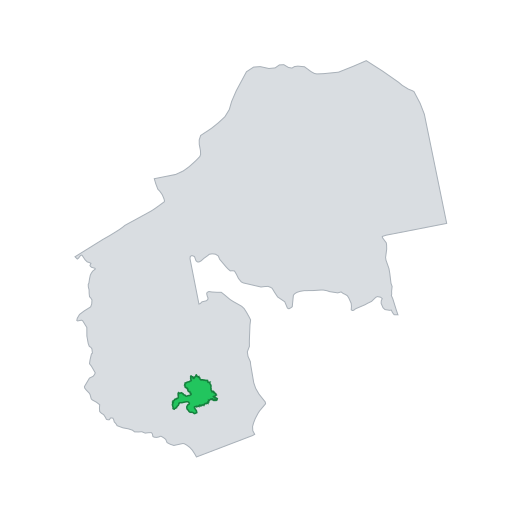 location of Lunte, Northern, Zambia, rotated 169°
{"feature_id": "96606910B27526943690880", "entity_name": "Lunte", "entity_type": "district", "adm_level": 2, "iso_a3": "ZMB", "parent_name": "Zambia", "parent_adm1": "Northern", "projection": "robinson", "projection_center": [30.622, -9.828], "detail": "fine", "context": "in_parent", "style": "filled", "palette": "green", "viewbox_px": 512, "rotation_deg": 169, "n_neighbors": 0, "source": "geoboundaries", "source_scale": "gbopen_adm2", "svg_char_len": 9260}
<svg xmlns="http://www.w3.org/2000/svg" viewBox="0 0 512 512"><g transform="rotate(169 256 256)"><path d="M341.1,351.3L319.1,351.4L311.1,353.4L304.6,356.4L296.8,361.1L292.2,364.3L291.0,366.2L290.4,370.2L290.4,376.4L289.6,380.8L287.3,384.9L275.4,389.8L267.6,393.9L260.0,398.6L254.3,404.8L250.4,412.4L243.9,421.9L230.2,438.7L222.3,441.9L215.7,441.1L207.6,437.6L201.3,437.0L196.6,439.1L192.2,438.5L188.2,434.9L184.8,433.6L182.1,434.6L178.7,434.4L172.3,432.5L166.8,426.5L163.8,424.0L161.5,423.1L154.9,422.1L139.9,420.7L124.2,423.7L110.5,426.7L96.4,413.3L82.8,399.2L79.9,395.6L74.7,390.8L71.1,388.5L69.6,387.3L65.8,374.7L63.7,363.1L62.6,251.6L124.3,251.6L128.3,251.1L128.4,249.9L125.6,244.0L125.7,241.9L126.4,237.8L129.1,229.8L129.2,227.1L127.9,218.3L128.0,213.4L128.7,203.4L128.2,200.1L129.6,195.6L130.1,192.6L130.7,191.4L129.9,188.0L128.6,176.2L127.9,171.2L131.6,172.0L132.8,174.4L133.5,177.1L135.2,177.2L139.6,178.8L141.2,181.0L142.2,185.7L141.6,188.1L140.2,190.1L141.6,191.8L144.6,193.0L146.3,192.6L151.2,189.4L155.8,188.2L158.1,187.4L168.3,185.2L170.4,184.1L171.8,184.1L172.8,185.0L171.9,188.4L171.6,191.4L172.9,197.0L173.9,199.6L176.0,201.5L177.5,202.5L179.3,204.5L182.8,204.2L190.6,207.0L193.0,208.4L196.3,209.7L198.7,210.2L206.7,211.2L215.2,212.8L219.6,212.9L222.8,212.5L225.0,211.7L226.3,210.8L226.9,210.0L230.1,199.3L231.7,198.5L233.8,197.9L235.1,198.9L236.5,205.6L242.6,211.7L244.7,216.8L246.3,221.2L247.6,222.4L250.0,223.9L253.7,224.4L257.0,224.6L273.6,232.0L275.4,233.4L277.5,237.3L278.7,241.8L280.0,245.4L282.2,246.1L284.1,246.3L286.0,248.7L287.4,250.9L292.3,259.7L293.0,263.2L295.4,265.5L298.6,266.5L301.6,266.6L303.3,265.6L307.5,263.7L310.8,261.7L313.2,261.0L314.7,261.4L315.8,262.8L316.5,267.2L318.8,268.7L320.6,268.1L321.2,266.4L321.3,265.5L321.2,219.7L319.7,220.0L317.8,221.3L313.4,221.5L311.7,222.4L311.1,223.9L311.5,225.8L311.6,228.4L310.9,229.6L309.0,230.1L306.2,229.1L301.2,227.8L297.0,227.0L294.0,223.5L289.9,218.4L287.2,215.8L280.7,210.3L279.6,209.3L277.7,206.7L276.0,202.4L274.4,197.5L273.5,194.3L275.1,189.4L278.8,173.6L279.7,168.6L282.8,163.6L283.0,159.1L281.7,153.3L282.0,150.1L282.4,132.0L281.6,126.2L279.4,119.8L274.8,111.0L274.8,109.1L282.0,103.3L284.1,101.1L287.8,96.5L290.3,92.5L291.9,89.3L292.5,85.1L291.3,81.2L293.7,80.4L352.8,70.1L353.7,72.9L355.5,77.4L357.5,80.7L360.1,83.6L362.2,85.4L363.6,85.9L372.8,85.7L376.0,87.5L378.9,89.8L379.6,93.2L381.5,95.4L383.5,97.1L384.4,97.3L385.8,96.9L388.3,96.9L390.5,97.6L391.6,98.4L391.7,101.3L392.4,102.6L395.5,103.1L398.6,103.3L401.6,105.3L404.9,105.7L408.7,106.5L410.5,108.6L414.5,110.8L419.4,112.7L424.8,116.0L425.0,117.0L425.9,118.9L426.8,120.2L426.9,122.2L427.4,124.1L428.7,124.6L429.9,124.7L431.0,123.3L432.4,123.4L434.0,124.2L434.6,126.4L435.8,129.3L437.8,131.2L439.1,133.1L438.7,136.6L437.8,139.8L440.5,142.9L444.1,145.9L445.0,147.2L445.3,151.6L445.8,153.1L448.2,156.8L449.4,159.2L449.3,160.6L442.8,167.9L438.8,169.0L437.1,170.5L436.1,172.0L438.6,179.3L440.0,182.0L438.8,185.5L436.2,191.3L435.1,191.8L434.8,196.3L435.6,197.9L436.9,199.1L437.4,202.1L437.3,209.6L435.7,218.1L438.5,225.5L439.5,226.3L443.5,226.3L444.2,226.9L443.3,229.0L440.4,232.3L435.3,234.8L428.0,237.6L426.4,240.3L425.4,244.2L426.3,246.5L427.2,247.8L426.9,251.2L426.3,254.7L426.5,257.6L426.1,260.1L425.2,261.3L423.9,265.0L422.3,268.8L421.0,270.5L419.2,272.3L416.3,273.8L416.3,274.6L419.6,276.3L420.5,277.5L420.8,278.4L419.4,280.3L420.9,281.4L422.8,282.4L424.5,284.9L426.5,289.7L426.9,290.1L427.4,290.2L428.5,289.7L430.6,287.8L432.0,287.1L433.8,289.8L403.1,301.5L395.9,303.9L385.1,308.0L381.6,309.6L378.8,311.1L350.2,320.2L345.8,322.0L335.7,326.7L335.3,327.5L335.4,329.6L336.3,334.0L338.1,338.0L339.6,340.3L340.6,346.1L341.1,351.3Z" fill="#d9dde1" stroke="#a8b0b8" stroke-width="1"/><path d="M365.2,129.5L365.3,129.1L365.3,128.8L365.2,128.8L365.4,128.5L365.3,128.3L365.5,128.3L365.4,128.1L365.6,127.8L365.8,127.8L365.8,127.6L365.7,127.2L366.0,127.0L366.0,126.8L366.2,126.5L366.1,126.4L366.2,126.2L366.5,125.8L366.3,124.5L366.4,123.9L366.2,123.2L366.5,122.4L366.6,122.1L366.5,121.9L365.7,121.3L365.5,121.2L365.3,121.4L364.9,121.8L364.1,121.9L363.2,122.4L362.9,122.3L362.7,122.8L362.3,123.3L360.6,124.4L360.1,125.2L360.0,125.7L359.9,125.6L359.0,126.5L358.6,126.6L357.4,126.2L356.8,126.2L356.3,126.1L354.9,126.2L352.1,126.2L351.2,126.0L350.5,125.8L350.2,125.5L349.5,124.3L349.6,123.8L350.0,123.3L351.1,123.0L351.6,122.6L352.0,122.1L352.7,121.2L352.7,120.8L352.9,120.3L352.9,119.7L352.7,118.5L351.8,117.4L351.5,116.3L351.0,115.6L350.4,115.2L349.6,114.9L349.0,115.0L348.0,114.5L347.4,114.1L346.9,113.3L346.6,113.1L346.2,113.0L345.7,113.1L344.9,113.4L344.1,113.4L344.0,113.5L344.0,115.3L344.3,116.2L344.6,116.6L344.8,117.4L345.1,117.7L345.3,118.2L345.3,118.4L345.4,118.8L345.1,119.7L344.7,119.6L344.4,119.7L344.2,119.7L343.9,119.8L343.6,119.6L343.6,119.8L343.3,119.9L343.2,119.6L342.7,119.4L342.4,119.5L342.1,119.4L341.8,119.6L341.5,119.4L341.0,119.5L340.7,119.8L340.6,119.6L340.5,119.9L340.2,120.1L340.2,119.9L339.8,119.9L339.6,119.7L339.5,119.8L339.4,119.7L339.3,119.8L339.2,119.6L338.9,119.8L338.8,119.5L338.6,119.4L338.0,119.8L337.9,119.7L337.7,119.8L337.6,119.6L337.2,119.8L337.1,120.0L336.9,119.9L336.3,120.2L336.2,119.9L335.8,119.7L335.7,119.6L335.6,119.4L335.2,119.9L334.9,120.1L334.7,120.3L334.3,120.8L334.2,120.7L333.6,120.9L333.0,120.5L332.7,120.6L332.4,120.9L332.1,120.9L332.1,121.0L331.9,121.1L331.7,120.9L331.7,121.1L331.1,121.0L331.1,121.3L330.9,121.2L330.7,121.4L330.7,121.6L330.6,121.9L330.4,121.9L330.5,122.1L330.4,122.1L330.2,123.0L330.1,122.8L329.7,122.8L329.5,123.0L329.3,123.3L329.3,123.5L328.3,123.7L328.2,123.9L327.8,123.9L327.6,123.8L327.5,124.0L327.3,123.8L327.1,123.9L327.1,124.1L326.9,124.0L326.6,124.2L326.4,124.2L326.4,123.9L325.9,124.0L325.9,123.9L326.0,123.7L325.9,123.3L326.0,123.1L325.7,122.9L325.4,122.6L325.3,122.8L324.9,122.8L324.8,122.6L324.4,122.6L324.3,122.4L324.3,122.2L324.0,122.0L323.9,122.1L323.9,122.3L323.8,122.2L323.7,122.2L323.5,122.4L323.4,122.1L323.2,122.2L322.8,122.1L322.6,122.3L322.4,122.1L322.3,122.3L322.4,122.6L322.1,122.5L321.8,122.6L321.8,122.2L321.6,122.3L321.6,122.7L321.6,123.2L321.3,123.5L321.8,123.9L322.1,124.0L322.7,124.8L323.4,125.0L323.8,124.8L324.6,126.2L324.2,126.3L323.8,126.3L323.5,126.0L323.1,126.4L322.5,126.6L322.3,127.0L322.0,126.9L321.5,127.1L321.8,127.4L321.7,127.6L321.8,127.7L321.8,127.8L321.9,128.1L321.8,128.3L322.0,128.4L322.0,128.7L322.1,128.8L322.2,129.0L322.6,129.2L322.8,129.6L323.0,129.5L323.4,129.7L323.6,130.1L323.3,130.2L323.3,130.5L323.2,130.5L323.5,131.1L323.9,131.2L324.0,131.4L324.4,131.3L324.8,131.5L324.9,131.4L324.9,131.6L325.4,131.9L325.3,132.6L325.6,132.9L325.7,133.9L325.4,134.3L325.4,134.7L325.4,135.9L325.0,136.7L325.0,137.3L324.9,137.7L325.1,137.9L325.1,138.3L325.3,138.5L325.4,138.9L325.6,139.8L325.8,140.1L325.7,140.4L325.3,140.9L327.2,141.1L327.4,141.5L327.4,141.9L327.2,142.2L327.4,142.7L327.3,143.1L327.5,143.2L328.4,143.4L328.9,143.2L329.2,143.6L329.7,143.8L330.2,143.8L330.4,143.9L330.8,143.9L330.8,144.0L330.7,144.2L331.6,144.5L331.9,144.6L332.0,144.7L332.3,144.7L332.6,144.6L332.7,144.8L332.8,144.8L333.1,144.8L333.2,145.0L333.4,145.0L334.0,145.0L334.2,145.4L334.2,145.5L334.3,145.6L334.4,146.1L334.5,146.6L334.5,147.2L334.9,147.4L334.8,147.5L334.9,147.8L335.1,148.0L335.6,148.0L335.8,148.4L335.7,148.5L335.9,148.5L336.1,148.7L336.3,148.7L336.9,149.0L337.0,149.2L336.9,149.8L337.0,149.9L337.1,150.4L337.2,150.7L337.4,150.7L337.9,150.0L337.9,149.7L338.1,149.4L338.3,149.4L338.6,149.0L339.5,148.9L339.7,148.6L339.7,148.3L340.3,147.6L340.9,147.8L340.7,148.2L340.8,148.6L341.1,148.9L341.0,149.3L341.2,149.5L341.9,149.8L342.3,150.2L342.5,150.6L342.9,150.6L343.2,150.1L343.1,149.6L343.1,149.2L343.5,148.7L343.3,148.3L343.5,147.9L343.5,146.9L343.3,146.2L343.7,145.8L344.7,145.8L345.3,145.3L345.6,145.3L346.7,145.4L347.0,145.3L347.9,145.3L348.4,144.8L348.7,144.8L349.1,144.9L349.9,144.8L350.0,144.0L350.1,143.7L350.4,143.5L350.4,143.2L350.6,143.0L350.4,142.9L350.5,142.6L350.4,142.4L350.6,141.8L350.5,141.4L350.6,141.1L350.5,140.6L350.4,140.4L349.9,140.4L349.7,140.3L349.7,140.1L349.4,139.6L349.2,139.5L348.9,139.5L348.8,139.3L348.8,139.2L348.6,139.1L348.4,138.6L348.6,138.4L348.3,138.1L348.5,137.8L348.4,137.0L348.5,136.9L348.3,136.4L348.3,136.2L348.2,135.9L347.9,135.7L346.9,135.5L347.0,135.3L346.8,134.4L346.5,134.2L346.6,133.9L346.4,133.9L346.3,133.4L346.1,133.4L346.0,133.1L346.1,132.4L347.7,131.8L347.9,131.7L348.2,131.9L348.8,131.9L349.5,131.8L350.4,131.7L350.7,131.6L351.1,131.6L351.9,132.1L351.9,132.4L352.0,132.8L353.0,133.2L353.0,133.4L353.6,133.8L353.8,134.1L353.8,134.4L353.8,134.6L353.9,134.8L354.1,134.9L354.4,135.2L354.5,135.1L354.8,135.5L355.0,135.6L355.2,135.9L355.5,135.9L355.6,136.0L355.9,135.8L356.2,135.9L356.6,135.8L356.9,136.0L357.0,135.9L357.8,135.9L357.9,136.0L358.1,136.5L358.3,136.3L358.5,136.3L358.6,136.1L358.6,135.9L358.8,135.6L358.9,135.1L358.8,134.7L358.7,134.7L358.8,134.4L358.7,134.3L358.8,134.1L359.0,134.0L359.0,133.2L359.1,132.8L359.1,132.4L359.2,132.2L359.3,132.0L359.3,131.8L359.8,131.4L360.2,131.2L360.5,131.3L360.6,131.2L360.9,131.3L361.6,131.2L361.8,130.9L362.0,130.8L362.0,130.6L362.3,130.6L362.7,130.8L363.2,130.8L363.3,130.7L363.4,130.4L363.6,130.3L363.8,129.8L364.0,129.7L364.4,129.6L364.6,129.5L365.2,129.5Z" fill="#22c55e" stroke="#15803d" stroke-width="1.5"/></g></svg>